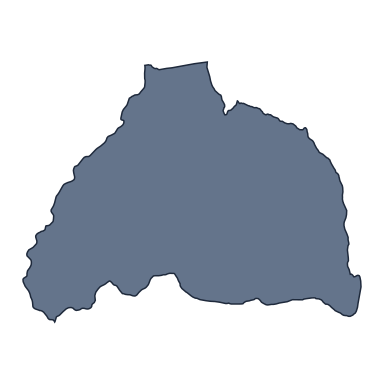 the district of Venecia, Cundinamarca, Colombia
{"feature_id": "7082276B51616381865711", "entity_name": "Venecia", "entity_type": "district", "adm_level": 2, "iso_a3": "COL", "parent_name": "Colombia", "parent_adm1": "Cundinamarca", "projection": "robinson", "projection_center": [-74.456, 4.07], "detail": "fine", "context": "isolated", "style": "filled", "palette": "slate", "viewbox_px": 384, "rotation_deg": 0, "n_neighbors": 0, "source": "geoboundaries", "source_scale": "gbopen_adm2", "svg_char_len": 5934}
<svg xmlns="http://www.w3.org/2000/svg" viewBox="0 0 384 384"><path d="M214.1,88.8L212.7,86.8L211.8,84.9L210.6,81.1L209.7,76.6L207.1,68.0L206.9,67.2L207.3,62.0L194.5,63.7L172.0,67.8L166.6,68.4L159.3,69.7L158.5,69.5L156.7,68.4L155.2,68.6L154.2,68.3L152.0,66.8L151.3,65.6L150.8,65.1L149.9,65.2L148.5,64.8L144.8,65.4L144.9,65.7L145.0,67.2L145.0,68.8L144.6,73.3L144.7,78.6L145.1,80.2L145.1,82.5L144.6,87.0L144.0,88.1L140.5,92.2L139.3,93.9L138.8,94.1L137.8,94.7L134.8,95.0L133.0,96.0L132.0,96.4L131.3,97.0L129.3,98.3L127.2,104.6L126.3,106.0L123.4,109.5L122.2,112.0L120.9,118.1L120.9,119.2L121.4,119.8L123.4,120.4L123.7,120.6L123.9,121.0L123.9,122.1L123.8,123.0L123.2,124.3L122.9,124.8L121.6,126.0L120.7,126.7L118.5,127.9L117.7,128.6L115.1,132.8L114.6,133.4L111.4,135.1L108.3,136.4L107.7,137.0L107.0,137.9L106.2,140.3L105.6,141.4L104.5,142.8L100.6,146.1L97.3,148.3L95.9,149.5L90.1,155.6L88.7,156.5L86.0,156.6L84.3,157.3L82.9,158.8L77.9,165.2L76.4,166.0L75.1,166.4L74.5,167.0L73.7,168.9L73.4,170.5L73.7,172.7L74.7,177.1L74.4,179.0L74.1,179.6L72.5,180.8L70.8,181.6L67.9,182.5L65.4,183.6L63.9,184.5L62.8,185.9L59.1,192.5L57.6,194.7L56.8,195.6L56.3,196.4L55.9,197.6L54.7,202.5L54.1,204.3L53.4,206.1L51.2,209.8L51.1,210.8L51.2,211.5L51.7,212.5L53.3,214.7L53.7,215.8L53.5,218.6L53.2,221.0L53.0,221.6L49.6,225.1L48.1,225.6L46.2,225.8L45.8,226.1L45.1,229.4L44.6,230.1L43.1,231.0L41.0,231.5L40.5,232.0L38.5,232.9L37.4,233.6L36.6,234.4L35.8,235.7L35.7,236.4L35.8,237.4L36.9,241.0L36.8,242.8L36.5,243.7L33.2,247.3L31.6,248.3L28.8,249.9L27.5,252.0L26.8,254.0L27.0,255.8L30.4,259.3L31.1,260.3L31.4,261.9L31.3,264.3L30.8,265.8L29.5,268.2L28.8,269.0L27.5,270.9L27.0,273.4L27.0,275.1L26.9,275.9L26.3,276.6L23.8,278.2L23.2,278.9L23.0,279.5L23.1,280.8L23.2,281.8L25.2,286.3L28.6,290.8L29.6,292.9L30.2,294.7L30.7,297.0L32.0,299.9L32.5,301.9L32.9,306.4L33.2,307.2L34.0,308.1L35.2,308.9L39.0,310.2L39.5,310.5L40.8,310.6L41.7,310.9L43.6,312.1L46.9,316.2L48.1,318.4L48.6,318.9L49.4,319.5L50.1,319.6L52.1,319.7L53.2,320.0L54.2,321.0L54.7,322.0L55.0,321.5L56.4,316.9L57.1,316.4L58.5,315.8L59.5,315.2L63.1,311.6L66.3,308.8L68.6,307.7L71.1,307.5L72.1,307.8L72.9,308.1L73.6,308.6L74.0,309.2L75.2,310.0L76.2,310.4L78.8,310.0L80.2,309.5L81.6,308.5L82.2,308.3L84.0,308.3L86.3,308.9L87.9,309.0L89.0,308.7L90.6,307.9L91.4,307.0L91.7,306.3L91.9,304.8L92.3,304.1L94.3,302.5L95.3,300.3L94.8,295.8L95.5,293.1L96.0,291.9L98.2,288.9L100.0,286.9L101.2,286.1L104.1,284.7L105.6,283.8L106.6,282.9L109.3,281.0L110.4,281.3L111.9,282.7L112.8,283.9L113.9,284.9L114.4,285.1L115.8,285.4L116.9,286.1L119.6,290.2L122.4,293.6L123.6,293.7L125.5,294.4L127.9,294.7L130.5,294.8L130.8,295.1L132.9,295.8L134.4,296.0L135.3,295.9L136.7,295.1L138.9,292.4L141.6,289.8L142.9,289.1L144.7,288.3L145.5,287.8L146.4,287.0L148.2,284.8L148.8,283.5L150.2,279.8L151.0,278.4L153.5,275.9L155.5,275.7L158.7,275.7L161.2,275.4L163.2,274.8L163.9,274.7L164.8,274.8L166.0,274.6L167.2,274.0L168.4,273.6L169.8,273.3L170.7,273.3L171.8,273.4L173.7,273.4L174.4,273.6L174.8,274.1L176.1,276.2L177.3,277.9L178.5,280.9L180.1,283.7L180.1,285.3L180.3,285.6L180.4,286.3L181.9,288.5L186.1,292.1L186.8,292.4L191.2,295.9L192.8,297.0L195.2,298.1L197.0,298.3L199.9,299.6L206.0,300.7L210.6,301.3L214.8,301.5L219.7,302.2L225.6,303.5L227.0,303.5L228.7,303.1L230.0,303.7L231.2,304.0L239.1,304.0L241.9,303.9L243.0,303.7L243.7,302.8L245.2,301.8L246.2,301.3L249.5,300.8L250.8,300.3L252.8,299.9L254.2,299.5L255.3,298.6L256.0,298.4L258.3,298.6L260.2,300.4L261.5,302.2L263.3,303.3L266.0,304.7L267.1,304.9L268.1,304.9L271.5,304.4L273.4,304.4L276.3,303.9L279.4,303.0L287.3,301.7L292.4,299.7L302.6,299.8L303.9,299.1L306.1,298.7L311.9,297.9L314.2,297.8L315.3,298.0L315.9,298.6L319.0,298.9L321.4,299.9L322.2,300.7L323.3,302.2L325.5,304.1L326.8,304.2L328.2,304.5L330.2,306.0L331.4,307.3L334.4,309.8L335.1,310.6L338.8,312.4L340.0,312.8L341.3,313.7L342.3,314.6L343.7,315.3L345.6,315.6L346.2,315.5L348.6,316.3L350.2,316.3L352.8,315.1L353.8,314.1L355.3,313.0L356.3,311.2L357.5,307.3L358.0,303.6L361.0,286.9L360.7,281.0L359.9,277.0L359.2,275.7L358.0,275.3L357.1,275.5L355.1,276.6L354.3,276.8L353.8,276.8L352.7,275.2L351.9,274.5L351.2,274.1L350.3,274.3L349.2,269.7L347.6,266.3L347.4,263.7L347.6,262.3L348.4,260.8L348.3,257.9L347.4,250.0L348.0,245.7L348.9,244.1L348.7,242.6L348.1,240.0L348.1,237.3L346.8,233.7L344.8,229.2L344.0,225.6L344.0,223.3L344.3,221.8L345.9,217.8L346.5,214.7L346.7,210.5L343.3,203.0L343.3,202.4L342.7,201.3L342.7,200.5L342.4,199.1L342.5,197.7L342.4,195.1L342.9,191.9L342.7,187.8L342.3,185.7L340.0,181.0L339.4,178.8L339.4,178.2L339.0,177.1L338.8,175.7L338.3,174.5L337.3,173.3L336.6,173.0L335.9,172.4L335.3,170.4L335.0,169.7L334.0,168.3L331.4,163.8L330.2,161.2L329.9,160.1L328.0,158.2L326.7,157.7L322.8,154.2L320.1,152.9L319.2,152.3L318.2,150.5L317.4,149.3L316.7,148.6L314.5,144.4L314.1,143.1L313.1,141.4L312.4,140.6L309.4,138.6L308.2,137.1L307.9,136.1L307.7,133.6L307.1,131.5L306.9,129.8L306.4,128.8L305.8,128.2L305.6,127.8L304.5,127.9L304.2,128.1L303.1,129.5L302.7,129.8L299.7,129.7L296.8,127.8L295.8,126.1L293.0,123.9L290.8,123.4L288.9,123.8L287.1,123.7L284.6,122.8L282.4,121.3L280.9,121.3L280.3,121.2L279.6,120.6L278.2,118.6L277.5,118.1L273.6,116.9L272.5,116.3L271.6,115.5L270.6,114.8L268.7,114.6L268.0,114.1L267.1,114.2L266.3,114.7L265.4,114.7L264.3,114.1L263.2,113.3L262.6,112.4L262.4,111.8L260.9,110.4L260.5,109.5L259.3,108.6L258.7,108.6L256.5,107.6L254.1,107.7L251.8,106.6L250.5,106.5L249.1,105.8L248.5,105.8L243.6,103.4L242.5,103.5L241.0,103.0L240.1,103.5L239.8,103.5L239.4,103.4L238.0,101.4L237.5,100.9L237.2,101.1L237.2,101.7L236.9,102.5L236.3,104.7L236.1,105.0L234.3,106.5L233.1,108.1L231.0,110.0L230.2,110.4L228.7,110.5L228.1,110.9L227.6,111.8L226.9,114.0L226.3,114.6L225.0,114.9L224.2,113.7L223.1,110.8L223.2,110.2L223.8,108.6L223.9,107.8L224.4,107.3L224.7,106.5L224.6,104.8L223.5,102.5L222.0,100.0L221.6,98.1L221.4,96.6L220.8,95.2L218.8,94.1L215.0,90.6L214.1,88.8Z" fill="#64748b" stroke="#1e293b" stroke-width="1.5"/></svg>